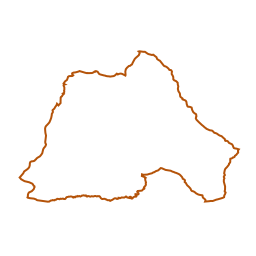 outline of Paz De Río, Boyacá, Colombia, rotated 268°
{"feature_id": "7082276B10900430130409", "entity_name": "Paz De Río", "entity_type": "district", "adm_level": 2, "iso_a3": "COL", "parent_name": "Colombia", "parent_adm1": "Boyacá", "projection": "natural_earth1", "projection_center": [-72.768, 6.027], "detail": "fine", "context": "isolated", "style": "outline", "palette": "amber", "viewbox_px": 256, "rotation_deg": 268, "n_neighbors": 0, "source": "geoboundaries", "source_scale": "gbopen_adm2", "svg_char_len": 5686}
<svg xmlns="http://www.w3.org/2000/svg" viewBox="0 0 256 256"><g transform="rotate(268 128 128)"><path d="M204.1,141.4L203.4,142.1L202.6,142.3L201.8,142.1L201.3,141.6L200.4,141.4L197.7,138.1L196.7,137.1L193.1,135.0L191.4,134.2L191.0,133.4L190.1,132.3L189.9,131.0L188.1,128.9L187.2,128.3L186.9,127.9L184.5,127.3L181.0,127.4L180.5,127.2L182.2,124.2L182.6,122.9L182.6,122.0L182.3,120.6L181.9,119.8L181.9,119.5L182.5,119.1L182.7,118.7L181.1,116.9L180.4,115.6L180.0,111.9L180.3,110.8L180.4,109.4L180.7,108.0L181.2,106.8L181.3,106.1L182.5,102.1L183.1,101.0L185.3,99.6L186.0,97.9L185.3,97.0L185.6,96.5L184.8,95.5L184.2,94.0L184.2,90.3L184.4,89.7L184.2,89.1L184.7,87.2L186.6,81.5L186.2,80.7L185.7,78.7L185.4,77.3L185.3,75.7L184.9,74.5L184.6,74.1L184.0,74.0L183.1,74.5L182.6,75.1L182.3,74.8L181.9,74.1L181.9,71.0L181.3,69.9L179.6,69.3L178.2,68.7L176.7,66.6L175.5,65.8L174.8,65.2L174.6,65.1L173.8,66.4L173.7,65.8L172.6,65.1L170.9,65.8L168.3,65.7L167.6,65.4L166.4,65.6L165.2,65.1L164.8,64.3L164.3,65.0L163.3,63.9L161.9,63.0L161.4,62.2L160.8,61.8L156.6,61.5L155.3,61.5L153.0,59.3L154.7,57.9L153.2,57.3L151.3,55.8L150.0,55.1L148.5,53.3L148.2,53.2L147.2,53.5L146.3,53.4L144.8,52.4L143.3,52.2L140.8,51.6L138.6,50.7L136.3,49.6L134.2,47.6L133.0,46.3L131.8,45.5L130.2,45.1L127.4,45.2L125.9,45.3L123.3,45.8L117.0,44.8L115.8,44.9L114.5,45.5L114.0,45.4L112.5,44.7L111.0,43.3L109.7,42.5L105.7,41.4L104.0,40.1L102.7,38.9L101.5,36.6L100.6,35.4L99.9,35.0L99.5,34.3L98.5,33.4L98.1,31.9L98.0,30.3L97.4,29.2L96.3,28.7L94.1,28.5L92.5,28.0L91.9,27.6L90.9,26.7L90.0,25.5L88.2,22.7L86.3,21.7L82.3,18.0L81.0,19.1L80.6,19.3L78.5,22.7L77.2,27.4L75.7,30.4L74.7,31.2L73.8,31.5L73.0,32.5L72.0,32.5L71.2,32.0L70.4,31.8L70.0,31.5L68.2,29.6L67.1,26.9L66.4,26.3L65.1,25.7L63.0,25.5L62.1,25.1L61.9,25.3L61.3,27.4L60.7,31.5L59.9,33.5L59.3,34.2L59.0,34.8L57.2,45.1L57.2,46.6L58.2,48.3L58.3,49.6L58.6,50.1L58.3,51.6L58.3,52.1L58.7,52.4L58.9,53.7L59.7,54.8L59.5,56.1L59.2,57.0L59.3,57.3L59.7,57.9L59.6,58.2L59.5,59.2L59.7,60.3L59.6,61.0L59.3,61.4L59.2,62.5L59.5,63.0L60.9,64.1L61.1,64.6L61.2,65.5L61.5,66.4L61.4,67.1L61.6,68.5L61.4,69.4L61.2,69.9L60.4,70.8L60.6,71.1L61.0,71.4L61.0,71.9L60.7,72.3L61.1,72.8L60.8,73.1L61.5,74.0L61.3,74.9L61.8,75.4L61.4,76.3L61.7,77.0L61.2,78.0L61.7,79.2L62.1,79.7L62.1,80.6L62.3,81.4L61.9,82.4L62.1,83.5L61.3,83.9L61.1,84.2L61.3,84.5L61.0,85.1L61.4,85.7L61.2,86.7L60.7,87.8L61.1,89.3L60.9,90.2L60.8,91.1L61.2,92.5L61.2,93.1L60.7,94.4L60.8,95.0L61.0,95.5L60.8,96.2L60.9,96.7L60.8,97.1L60.3,97.6L58.9,98.4L58.1,99.3L57.9,100.0L58.1,101.8L58.0,102.4L57.5,103.1L57.4,103.8L56.6,104.9L56.5,107.0L55.8,107.6L55.9,108.1L56.4,108.7L56.7,109.8L57.9,111.6L58.2,112.5L58.1,113.6L57.7,114.0L57.5,114.6L57.6,115.3L57.9,116.1L58.6,116.1L58.6,116.5L58.3,117.0L58.2,118.0L58.8,119.1L58.6,121.7L59.1,122.9L59.6,123.5L59.5,124.0L58.6,124.7L57.9,127.3L57.9,127.5L58.2,127.7L58.8,127.2L59.0,127.2L59.2,127.7L59.1,128.3L58.6,128.8L57.6,128.9L57.4,129.0L57.3,129.5L57.5,130.0L58.4,130.7L58.8,131.3L59.2,132.3L59.1,133.6L59.3,133.9L59.7,134.1L60.0,134.0L61.1,133.1L61.6,133.1L61.7,133.7L61.2,134.6L61.1,135.2L61.2,135.6L61.6,136.2L62.2,136.3L62.5,136.2L63.5,135.2L64.1,135.0L64.7,135.5L64.9,139.3L65.2,140.1L66.3,141.0L66.5,141.8L66.8,142.2L67.2,142.3L67.5,141.8L67.9,141.8L68.6,142.2L69.6,143.3L70.6,143.9L72.4,143.8L72.9,144.1L75.1,143.5L77.2,143.3L77.6,143.9L78.1,143.4L79.5,140.2L81.2,140.4L80.8,141.5L80.7,142.2L80.8,145.7L81.4,147.8L81.9,150.3L82.2,150.9L82.8,151.8L82.9,152.7L83.9,154.3L84.6,156.7L86.8,159.3L86.6,160.4L84.8,164.1L83.8,169.2L82.8,171.0L82.5,172.1L81.9,173.2L81.4,174.7L80.3,177.0L79.8,177.8L79.1,178.6L77.2,180.2L76.3,180.7L75.4,180.9L74.4,182.6L73.9,183.0L73.5,183.1L72.4,182.8L71.9,182.8L71.2,183.8L69.4,184.7L68.5,185.3L67.2,186.7L65.3,188.3L63.5,189.0L63.2,189.3L62.8,189.7L62.4,191.1L61.7,192.3L60.3,193.8L59.1,195.9L58.8,196.8L58.1,200.0L57.6,200.2L56.6,200.2L55.9,200.5L55.5,200.8L54.4,202.1L53.4,202.9L52.7,202.9L51.8,202.5L52.0,206.5L52.2,208.2L52.1,210.1L52.4,211.1L53.3,213.7L53.6,215.3L54.5,218.9L54.9,220.3L55.5,221.6L57.3,221.9L58.4,222.6L60.1,223.3L60.5,223.1L61.0,222.5L61.5,222.4L62.8,222.8L66.2,223.0L71.0,221.9L73.1,222.0L74.4,222.6L75.4,222.1L76.2,222.1L77.6,223.2L79.4,222.5L82.7,223.3L83.9,223.9L85.5,225.6L87.4,227.2L88.1,227.7L88.8,227.7L89.9,228.8L90.6,229.0L93.3,229.1L93.7,229.2L94.0,230.6L94.5,231.5L94.9,231.8L94.9,232.4L95.4,233.4L96.5,233.9L97.5,235.4L98.6,236.2L99.4,237.1L99.9,237.3L100.8,237.1L101.8,237.2L102.8,238.0L103.6,235.7L103.9,234.1L104.3,233.1L104.8,232.8L106.9,232.1L107.9,231.5L108.2,231.2L109.6,228.4L111.0,227.5L111.6,226.6L111.8,226.2L111.7,225.0L111.9,224.7L112.1,224.6L113.4,224.4L113.8,224.2L114.4,223.4L116.6,221.2L117.2,219.5L117.8,218.5L119.3,216.6L119.8,215.5L120.2,214.1L121.9,212.6L122.5,211.8L122.9,209.6L124.5,206.3L125.3,205.6L125.8,204.8L127.3,203.3L128.4,202.0L131.4,199.0L133.8,196.8L135.0,196.2L135.3,196.1L136.6,196.4L136.5,196.5L137.3,196.8L139.0,196.6L139.4,196.5L140.5,194.9L141.7,193.7L144.0,192.7L146.2,192.3L146.9,190.8L147.2,188.7L147.6,188.2L149.9,187.5L152.0,187.3L153.2,186.7L153.8,185.8L154.7,183.5L155.1,183.3L155.6,183.5L155.8,183.3L157.2,181.6L157.8,181.3L160.7,181.0L161.5,180.6L162.9,179.7L165.3,179.2L167.9,179.7L169.6,179.3L171.6,179.2L173.1,177.8L174.1,175.8L175.0,175.0L177.4,175.0L179.0,174.4L180.0,173.7L180.3,173.6L181.3,173.6L182.9,173.9L184.2,173.2L184.5,172.4L184.6,171.4L185.9,170.6L187.5,168.9L188.3,167.6L188.5,166.7L189.0,166.0L193.9,162.4L194.3,162.0L194.7,161.1L195.7,159.8L196.0,159.5L197.8,158.9L199.4,156.9L200.3,156.0L200.4,155.6L200.1,154.6L201.2,150.9L201.9,149.8L203.5,147.7L203.6,147.4L203.6,146.1L204.2,142.5L204.2,141.8L204.1,141.4Z" fill="none" stroke="#b45309" stroke-width="2"/></g></svg>